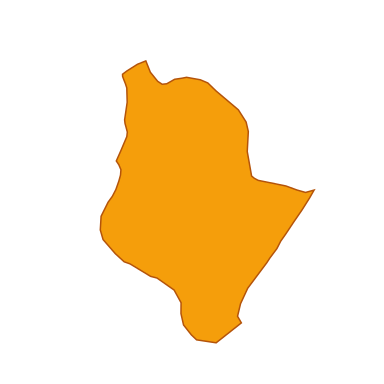 outline of Olintepeque, Quezaltenango, Guatemala, rotated 54°
{"feature_id": "79465075B90968408613772", "entity_name": "Olintepeque", "entity_type": "district", "adm_level": 2, "iso_a3": "GTM", "parent_name": "Guatemala", "parent_adm1": "Quezaltenango", "projection": "robinson", "projection_center": [-91.543, 14.895], "detail": "fine", "context": "isolated", "style": "filled", "palette": "amber", "viewbox_px": 384, "rotation_deg": 54, "n_neighbors": 0, "source": "geoboundaries", "source_scale": "gbopen_adm2", "svg_char_len": 1026}
<svg xmlns="http://www.w3.org/2000/svg" viewBox="0 0 384 384"><g transform="rotate(54 192 192)"><path d="M122.4,235.0L127.0,235.2L132.2,236.4L136.3,239.9L140.2,244.8L145.3,252.2L148.7,259.0L150.9,265.8L158.2,279.8L168.8,288.5L178.2,291.9L196.8,290.3L208.6,287.9L213.7,284.4L235.9,275.1L241.0,270.9L260.8,264.1L275.1,265.9L283.9,272.4L294.6,277.0L307.2,276.5L314.3,275.2L328.2,261.1L326.9,229.0L319.3,228.2L310.9,218.4L302.6,203.5L293.2,173.1L291.2,167.9L287.7,156.6L283.9,149.1L281.1,140.9L275.9,126.9L271.2,113.6L265.9,100.3L262.2,92.1L259.1,100.4L252.1,105.9L242.3,112.5L221.5,131.6L217.6,133.5L214.1,134.4L191.7,123.5L176.2,110.9L167.2,107.1L152.8,106.2L124.6,113.1L113.1,115.1L106.1,119.3L96.0,129.0L94.1,133.1L90.6,139.8L89.6,148.8L87.3,152.8L82.3,154.7L70.6,155.3L58.8,152.3L56.6,161.0L55.8,173.2L55.9,179.0L57.7,180.2L60.5,181.0L65.2,182.2L69.5,183.6L81.3,191.7L88.8,199.0L94.0,204.1L97.2,205.9L100.9,207.3L105.5,209.1L108.9,212.2L116.6,225.0L122.4,235.0Z" fill="#f59e0b" stroke="#b45309" stroke-width="1.5"/></g></svg>